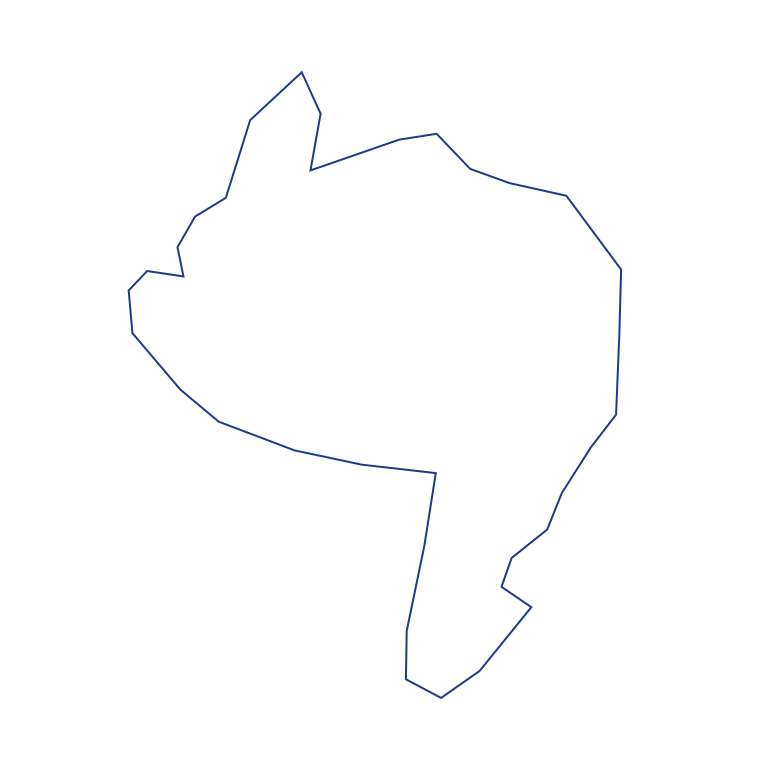 the border of Campbell Islands, rotated 265°
{"feature_id": "NZL-5478", "entity_name": "Campbell Islands", "entity_type": "state/province", "adm_level": 1, "iso_a3": "NZL", "parent_name": "New Zealand", "parent_adm1": "", "projection": "mercator", "projection_center": [169.165, -52.535], "detail": "fine", "context": "isolated", "style": "outline", "palette": "blue", "viewbox_px": 768, "rotation_deg": 265, "n_neighbors": 0, "source": "natural_earth", "source_scale": "10m", "svg_char_len": 595}
<svg xmlns="http://www.w3.org/2000/svg" viewBox="0 0 768 768"><g transform="rotate(265 384 384)"><path d="M603.2,329.4L626.1,420.3L628.7,458.2L590.8,488.6L573.2,526.5L555.6,582.1L477.3,630.2L411.6,622.6L333.2,612.5L302.9,584.6L260.0,551.7L224.8,533.9L199.6,496.0L171.7,483.4L148.8,511.3L89.8,454.2L66.3,413.5L87.9,380.1L136.0,385.1L219.7,410.2L290.7,427.8L305.6,354.7L325.6,289.2L360.8,216.1L396.1,180.7L456.6,137.8L499.5,137.8L517.2,157.9L508.6,193.6L538.3,190.2L567.3,210.4L583.3,242.7L658.6,273.7L701.7,329.2L658.8,344.4L603.2,329.4Z" fill="none" stroke="#1e3a8a" stroke-width="2"/></g></svg>